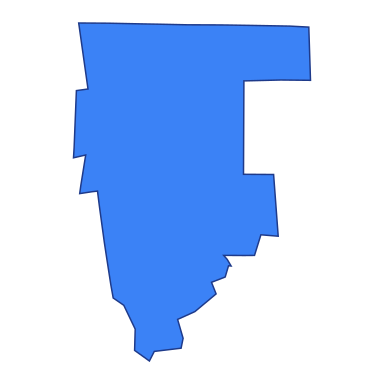 Tolland, Connecticut, United States of America (Mercator projection)
{"feature_id": "52423323B70359204193032", "entity_name": "Tolland", "entity_type": "district", "adm_level": 2, "iso_a3": "USA", "parent_name": "United States of America", "parent_adm1": "Connecticut", "projection": "mercator", "projection_center": [-72.337, 41.811], "detail": "fine", "context": "isolated", "style": "filled", "palette": "blue", "viewbox_px": 384, "rotation_deg": 0, "n_neighbors": 0, "source": "geoboundaries", "source_scale": "gbopen_adm2", "svg_char_len": 727}
<svg xmlns="http://www.w3.org/2000/svg" viewBox="0 0 384 384"><path d="M78.7,23.0L88.0,89.0L76.4,90.6L74.1,147.9L73.5,157.8L85.7,155.0L80.8,185.6L79.7,193.6L92.2,191.7L97.5,191.1L98.9,202.3L99.6,207.8L104.3,242.2L106.4,256.1L110.9,285.2L113.2,298.0L123.8,305.3L135.2,329.1L134.6,350.4L149.4,361.0L154.3,351.4L181.1,348.2L183.1,338.3L177.6,319.4L194.9,311.6L216.1,293.9L211.5,282.3L225.2,277.0L228.5,265.8L231.1,266.0L227.2,259.4L223.7,255.4L229.6,255.4L244.2,255.5L254.5,255.4L260.9,234.8L278.2,236.2L273.6,174.5L243.5,174.3L243.9,80.9L280.8,80.0L310.5,80.3L308.8,27.1L289.8,26.1L250.6,25.4L225.5,25.0L213.6,24.9L187.3,24.8L159.1,24.2L141.9,23.9L108.4,23.2L78.7,23.0Z" fill="#3b82f6" stroke="#1e3a8a" stroke-width="1.5"/></svg>